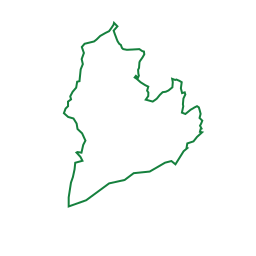 Agios Dimitrios, Limassol, Cyprus (orthographic projection), rotated 110°
{"feature_id": "46923920B1623622106309", "entity_name": "Agios Dimitrios", "entity_type": "district", "adm_level": 2, "iso_a3": "CYP", "parent_name": "Cyprus", "parent_adm1": "Limassol", "projection": "orthographic", "projection_center": [32.808, 34.92], "detail": "fine", "context": "isolated", "style": "outline", "palette": "green", "viewbox_px": 256, "rotation_deg": 110, "n_neighbors": 0, "source": "geoboundaries", "source_scale": "gbopen_adm2", "svg_char_len": 1637}
<svg xmlns="http://www.w3.org/2000/svg" viewBox="0 0 256 256"><g transform="rotate(110 128 128)"><path d="M34.0,177.1L36.0,176.9L39.7,177.8L43.5,178.9L46.3,181.6L51.0,185.6L55.6,187.8L58.3,189.5L63.7,197.6L67.7,199.1L72.6,195.1L79.1,195.1L83.4,192.3L89.1,192.5L97.9,190.3L100.6,189.6L101.9,191.6L107.8,190.5L112.9,192.4L118.0,193.1L120.6,191.3L123.7,193.4L128.0,191.8L131.1,193.3L136.0,193.3L138.1,188.0L137.7,182.5L141.4,177.8L146.2,175.1L148.7,169.3L154.4,163.7L159.2,164.3L167.1,163.3L167.9,167.3L168.7,168.0L171.4,162.8L174.4,159.6L178.7,165.7L185.0,164.1L192.9,163.0L198.9,162.9L213.5,160.0L222.0,156.9L210.2,142.6L186.5,126.8L178.0,113.4L168.5,107.2L161.5,92.7L147.9,81.3L144.2,75.9L145.9,71.0L130.8,67.8L126.6,65.4L126.6,66.2L122.2,67.0L118.2,61.9L112.8,60.1L109.2,58.2L106.7,56.9L107.0,59.1L104.1,59.4L103.4,58.7L101.2,61.1L99.0,60.8L95.7,60.7L94.6,63.1L94.1,64.2L89.9,64.6L86.8,66.7L84.4,68.5L83.9,70.6L86.1,72.7L87.3,73.6L89.4,75.4L92.8,77.4L95.2,78.9L95.1,82.6L88.6,83.5L87.0,84.5L81.4,86.0L76.9,85.6L75.1,86.9L76.7,89.1L72.6,91.9L66.6,93.2L66.1,95.8L65.9,99.1L66.7,100.1L66.7,103.3L69.6,101.6L74.6,100.2L78.9,102.8L81.0,104.9L82.5,107.7L86.0,109.4L90.4,110.9L91.9,111.8L94.7,113.8L95.3,121.0L91.1,119.9L87.7,121.0L86.4,122.8L82.2,123.1L81.9,126.3L80.7,131.8L78.8,136.6L78.2,139.0L76.3,138.4L77.3,135.8L75.1,135.7L73.3,136.9L69.9,138.4L67.7,138.2L62.4,139.7L61.3,139.7L56.7,138.5L53.2,137.9L50.7,139.2L50.9,140.8L50.0,144.3L52.5,150.1L54.9,155.8L55.5,159.5L54.8,161.1L52.4,163.1L51.9,165.0L50.1,167.4L47.9,169.4L46.9,170.2L44.5,172.3L41.4,174.8L36.1,172.7L34.0,177.1Z" fill="none" stroke="#15803d" stroke-width="2"/></g></svg>